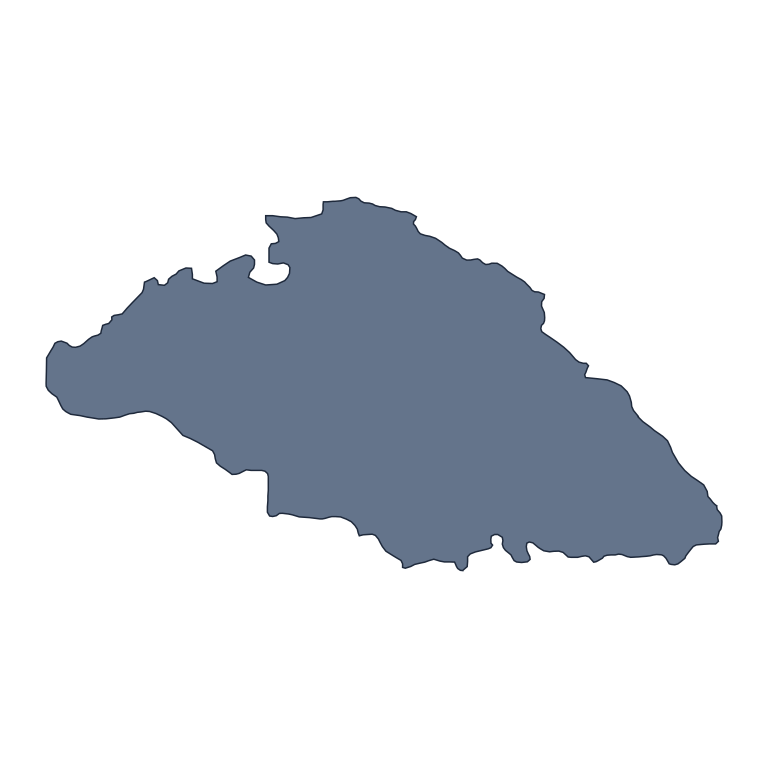 the district of Ivatsevichy, Brest, Belarus
{"feature_id": "67162791B15775504283911", "entity_name": "Ivatsevichy", "entity_type": "district", "adm_level": 2, "iso_a3": "BLR", "parent_name": "Belarus", "parent_adm1": "Brest", "projection": "natural_earth1", "projection_center": [25.561, 52.695], "detail": "fine", "context": "isolated", "style": "filled", "palette": "slate", "viewbox_px": 768, "rotation_deg": 0, "n_neighbors": 0, "source": "geoboundaries", "source_scale": "gbopen_adm2", "svg_char_len": 5270}
<svg xmlns="http://www.w3.org/2000/svg" viewBox="0 0 768 768"><path d="M144.5,282.1L143.5,289.3L142.1,292.6L136.2,298.7L132.1,302.9L127.0,308.3L122.2,313.9L118.1,314.8L114.1,315.4L111.7,317.0L111.9,319.8L108.7,323.5L105.6,324.3L102.7,325.4L102.0,328.2L101.3,330.6L100.8,333.3L98.0,335.1L94.6,336.0L92.2,336.8L88.6,339.3L85.9,341.7L83.8,343.6L80.1,346.1L75.6,347.3L72.3,347.1L69.3,345.5L67.0,343.2L61.3,341.1L57.8,341.7L54.9,343.3L53.1,347.1L51.0,350.5L49.4,353.2L46.6,357.9L46.4,371.2L46.1,383.2L46.2,386.3L48.3,390.3L51.9,393.7L56.8,397.1L58.5,400.5L60.9,405.6L62.8,409.0L65.7,411.5L67.6,412.6L70.8,414.3L80.1,415.6L87.1,417.1L92.8,418.0L98.7,419.0L106.1,418.8L114.1,417.9L119.8,417.1L125.0,415.2L129.6,413.7L133.7,413.3L137.5,412.3L140.6,412.0L145.6,411.2L149.7,411.5L155.9,413.5L162.1,416.4L166.4,418.8L171.4,422.6L174.3,425.8L177.5,429.4L182.9,435.4L190.1,438.4L197.5,442.1L212.6,450.8L214.6,454.6L215.3,458.8L216.5,462.9L220.3,466.2L225.3,469.4L229.7,472.6L232.0,474.4L236.1,474.2L239.2,473.4L242.3,471.8L246.3,469.8L251.1,470.4L256.1,470.4L261.7,470.4L265.0,471.2L267.6,473.6L268.3,476.5L268.3,479.5L268.3,482.8L268.3,490.3L267.9,496.0L267.9,500.7L267.4,506.7L267.4,512.2L269.6,516.0L272.7,516.5L276.3,515.7L279.4,513.4L282.5,513.3L288.5,514.0L292.3,514.8L299.2,516.9L303.7,517.2L309.5,517.6L313.5,518.1L319.8,518.9L322.4,518.9L325.0,518.4L329.0,517.2L331.7,516.6L335.8,516.6L340.5,516.9L346.3,519.1L351.3,521.7L354.9,525.4L357.3,529.1L358.2,532.9L359.3,535.8L363.1,534.8L372.2,534.2L375.4,535.4L378.4,539.0L380.0,542.2L382.4,546.6L385.9,551.2L392.6,555.4L396.7,557.9L401.0,560.4L402.6,563.8L402.6,567.4L405.3,568.2L410.7,566.5L414.7,564.4L419.8,563.2L424.9,562.1L428.7,560.7L433.8,559.2L440.0,561.1L444.3,561.9L449.1,561.9L454.6,562.1L455.5,564.1L456.5,566.5L457.7,568.5L460.3,570.3L462.8,570.6L462.8,570.4L467.2,566.6L467.6,561.5L467.6,556.7L470.3,553.9L475.5,551.9L481.3,550.5L488.3,548.8L490.9,547.7L492.6,545.1L491.0,543.2L490.8,539.4L491.3,536.2L494.6,534.5L497.8,534.5L502.3,537.3L502.9,540.6L502.3,544.1L503.4,547.6L505.4,550.3L508.1,552.5L511.0,554.9L512.3,557.5L514.1,560.6L516.6,562.0L521.6,562.5L527.4,561.8L530.1,559.4L529.7,556.5L528.3,553.9L526.9,550.7L526.3,546.6L526.8,543.2L529.2,542.0L532.8,542.8L535.7,545.2L538.0,547.2L540.2,548.7L543.8,550.8L549.6,551.8L553.5,551.3L558.8,551.1L563.1,552.4L566.5,555.5L568.1,557.0L571.0,557.3L573.9,557.3L577.7,557.3L582.0,556.3L585.4,555.8L589.0,556.8L590.8,558.9L593.7,562.2L596.1,561.7L597.9,560.8L602.4,558.2L604.0,556.2L607.1,555.2L611.4,554.9L615.3,554.9L618.6,554.1L622.0,554.5L627.2,556.6L630.7,557.3L638.6,556.9L641.7,556.6L646.0,556.3L650.1,555.8L653.7,554.9L656.6,554.5L661.5,554.8L663.6,555.8L666.0,558.3L667.6,561.0L669.2,563.8L671.1,564.4L674.8,564.8L677.9,563.9L680.8,561.7L684.9,558.3L685.8,555.9L689.2,551.4L691.2,548.9L693.2,546.5L696.4,544.9L704.2,544.2L709.9,543.9L715.7,543.9L718.4,541.3L717.6,537.6L718.4,534.8L719.2,531.4L720.9,529.0L721.7,525.2L721.9,522.0L721.7,516.0L720.1,513.0L717.2,509.6L716.6,506.1L716.8,505.9L714.8,504.4L712.7,502.3L710.3,499.1L707.9,496.5L707.2,491.4L703.7,484.9L697.5,480.5L691.3,476.4L684.7,470.5L678.5,463.0L672.4,452.4L670.6,447.3L667.5,440.8L662.7,436.3L654.3,430.5L650.3,427.1L642.8,421.6L638.0,416.8L638.3,416.4L633.5,410.5L631.7,406.5L631.3,402.3L629.5,396.0L627.1,391.7L621.2,385.9L614.2,382.5L607.1,379.9L596.8,378.7L585.5,377.6L584.7,374.7L585.9,372.2L587.3,368.2L588.5,365.8L586.3,363.3L583.3,363.3L579.0,362.1L575.6,359.6L569.7,352.7L563.7,347.2L557.2,342.3L550.1,337.4L545.7,334.5L541.8,331.7L540.8,328.6L541.5,325.3L543.5,323.4L544.5,320.8L544.7,317.7L544.3,312.5L541.5,306.1L541.7,301.7L544.1,298.4L544.5,294.5L538.4,292.0L534.7,291.8L533.9,291.4L533.5,291.2L532.0,290.4L529.9,287.4L526.3,283.8L524.7,282.0L521.3,279.6L516.7,277.1L511.5,273.8L507.7,271.4L504.8,268.4L501.9,266.0L497.2,263.3L491.7,263.2L489.0,264.2L485.7,264.5L482.6,262.7L479.9,260.0L477.6,258.9L473.7,259.4L470.7,260.0L466.7,260.1L462.3,258.1L460.4,255.3L458.4,252.9L454.6,250.6L449.4,248.2L445.0,245.1L441.8,242.4L438.5,240.2L435.6,238.3L429.8,236.3L425.0,235.4L420.3,233.8L418.2,231.5L416.8,228.6L415.4,226.1L413.5,224.1L413.6,221.6L415.4,219.6L416.4,216.7L412.9,214.7L410.8,213.5L406.3,211.8L401.1,211.8L395.4,210.3L391.8,208.4L385.1,207.0L379.6,206.7L375.1,205.5L372.6,204.0L369.1,203.1L364.2,202.8L360.9,201.1L358.8,198.8L355.9,197.4L350.3,197.7L346.9,198.9L343.2,200.3L340.8,200.8L334.6,201.3L332.9,201.3L327.3,201.8L323.4,201.8L323.1,204.5L323.1,209.9L321.7,213.9L311.0,217.5L303.5,217.8L295.1,218.6L287.2,217.1L280.7,216.8L272.7,215.7L265.7,215.7L265.7,219.6L266.2,222.9L269.0,226.1L273.7,230.5L276.9,234.1L278.3,237.7L278.8,241.6L275.5,243.4L271.3,243.8L269.0,248.1L269.0,252.5L269.0,257.9L269.0,262.2L272.7,263.6L277.8,264.0L283.4,262.9L288.1,264.7L289.9,267.6L289.5,273.4L287.6,277.4L284.8,280.6L276.9,284.2L265.7,285.0L256.8,282.1L248.4,277.4L249.8,272.3L253.6,268.0L254.5,264.4L254.5,260.0L251.2,256.1L245.6,255.0L239.6,257.5L230.2,261.1L223.2,265.8L215.8,271.2L217.1,277.0L217.1,281.7L212.5,283.5L204.1,283.2L192.4,278.8L192.4,274.5L191.5,268.3L185.9,268.0L178.9,270.9L176.1,274.1L171.9,276.3L168.6,279.2L167.7,282.8L164.4,285.3L158.3,284.6L157.4,280.6L154.2,277.7L150.4,279.5L145.7,281.7L144.5,282.1Z" fill="#64748b" stroke="#1e293b" stroke-width="1.5"/></svg>